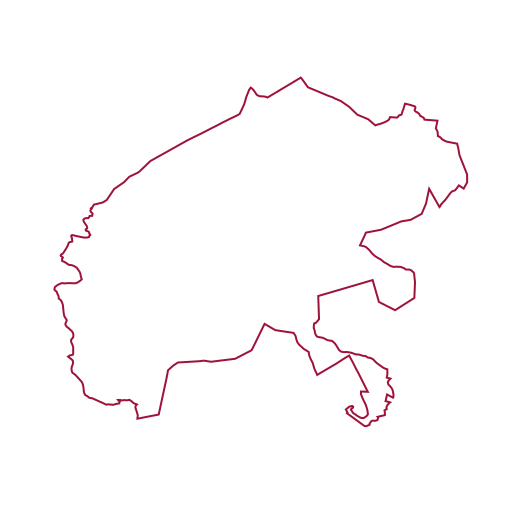 outline of Larráinzar, Chiapas, Mexico, rotated 102°
{"feature_id": "50627088B14622530050765", "entity_name": "Larráinzar", "entity_type": "district", "adm_level": 2, "iso_a3": "MEX", "parent_name": "Mexico", "parent_adm1": "Chiapas", "projection": "natural_earth1", "projection_center": [-92.767, 16.928], "detail": "fine", "context": "isolated", "style": "outline", "palette": "rose", "viewbox_px": 512, "rotation_deg": 102, "n_neighbors": 0, "source": "geoboundaries", "source_scale": "gbopen_adm2", "svg_char_len": 6001}
<svg xmlns="http://www.w3.org/2000/svg" viewBox="0 0 512 512"><g transform="rotate(102 256 256)"><path d="M397.5,109.8L396.5,110.1L394.6,109.3L393.5,108.8L392.8,107.8L392.4,105.1L391.3,103.1L388.6,102.9L388.0,103.6L384.9,96.9L384.7,96.8L383.1,97.2L380.2,98.2L379.9,97.8L378.6,96.3L377.9,96.8L376.5,96.9L374.8,96.6L372.6,95.4L371.3,94.4L371.0,99.1L364.2,99.0L366.1,92.6L366.1,92.4L365.3,92.3L362.9,92.7L358.7,94.5L357.0,95.9L355.4,97.9L354.1,99.9L351.7,100.9L349.0,99.7L348.0,99.0L347.8,102.8L344.3,102.9L339.5,104.0L339.4,105.9L338.8,108.3L337.8,110.6L336.9,112.8L335.4,116.0L334.3,117.7L332.8,119.8L331.9,122.7L332.1,125.6L331.1,127.9L331.4,131.0L331.0,134.8L331.5,138.1L331.0,141.2L330.8,143.8L331.0,147.1L331.8,150.3L331.8,153.0L330.8,155.1L329.0,156.8L327.1,158.5L324.7,161.2L323.2,164.1L323.4,166.0L323.4,168.9L322.5,171.9L322.1,173.8L322.3,178.0L322.1,179.6L320.5,181.4L318.6,182.4L316.4,183.3L314.5,184.5L312.4,184.9L309.9,185.1L309.1,183.6L304.7,181.2L282.2,186.8L255.3,136.9L275.4,126.2L280.1,108.7L264.1,92.4L248.7,95.0L240.0,97.8L239.0,98.8L238.7,99.7L237.8,101.0L237.4,103.1L237.6,104.3L238.1,106.7L237.1,108.7L236.6,112.4L237.4,117.1L238.1,119.3L237.8,122.2L236.0,127.4L235.5,129.4L234.5,131.2L233.4,133.4L232.6,136.2L231.3,139.7L229.5,142.8L227.9,144.8L226.4,146.7L225.1,149.0L224.3,150.5L224.0,152.3L224.0,156.5L213.6,154.0L210.3,153.4L204.3,139.1L191.9,121.0L188.5,112.3L180.3,102.7L169.4,100.6L154.3,100.6L170.0,86.7L169.1,86.2L168.4,86.0L167.4,85.9L166.3,85.2L165.0,84.5L162.1,82.7L157.9,80.7L153.9,78.9L152.1,77.7L150.3,74.9L148.2,73.8L146.4,73.0L144.8,72.3L146.2,68.5L146.9,66.9L141.5,65.2L140.8,65.0L139.9,64.8L132.3,66.5L115.1,77.9L108.4,80.6L104.3,82.6L104.5,92.0L104.4,93.8L104.0,95.6L103.7,96.3L103.7,96.9L103.3,97.4L103.0,98.7L102.1,99.5L101.6,100.3L101.6,100.7L101.4,101.0L101.1,102.3L100.8,102.5L100.8,103.0L100.3,103.1L99.3,103.5L98.1,103.8L97.0,104.1L95.9,104.8L94.8,105.7L93.8,106.6L85.9,106.6L87.6,119.6L86.7,120.1L86.1,120.6L85.8,121.1L85.6,121.9L85.3,122.5L85.1,123.1L85.0,123.7L84.9,124.1L84.8,124.5L84.3,125.0L83.6,125.4L83.0,126.1L82.7,126.5L82.4,127.3L81.9,128.3L81.8,128.7L81.8,129.1L81.7,129.4L81.4,130.0L81.0,130.7L80.3,131.2L78.4,131.0L78.0,130.9L77.7,130.9L77.4,131.0L77.1,131.2L76.6,131.8L76.1,137.3L76.0,141.9L82.2,142.4L82.6,142.6L83.1,142.7L86.3,142.9L86.8,143.0L87.3,143.2L87.6,143.2L87.8,143.4L87.9,143.8L88.5,145.1L88.8,145.4L89.0,145.6L90.0,145.8L90.3,146.0L91.3,146.8L92.3,153.8L93.8,154.0L94.5,154.2L95.8,154.9L97.4,156.7L99.5,159.6L100.9,161.9L101.7,163.6L103.4,166.5L98.9,174.7L96.7,186.3L91.2,195.1L90.7,195.9L86.7,205.4L86.7,205.6L85.5,211.8L84.9,213.5L84.6,216.2L84.1,219.4L80.2,240.2L73.7,247.4L72.3,249.1L72.2,249.3L98.6,277.7L98.2,280.1L98.5,282.8L99.0,285.6L98.4,288.3L97.5,289.5L94.4,292.7L92.9,294.9L92.4,296.2L95.1,297.3L102.8,298.6L106.3,298.8L109.9,299.1L114.0,300.0L120.4,301.5L122.4,303.7L126.8,309.4L128.0,311.0L129.2,312.4L132.8,317.0L135.9,320.6L139.4,325.0L147.5,334.9L153.5,342.6L157.5,347.6L185.0,379.0L197.5,387.5L199.3,389.2L204.8,396.4L211.2,400.4L220.0,408.7L232.2,413.6L235.5,417.0L239.5,425.3L242.1,426.1L243.3,427.0L243.3,426.9L243.8,426.5L245.0,427.2L246.3,427.4L247.1,426.8L247.8,425.6L248.6,424.6L250.8,424.7L251.0,425.7L251.5,427.1L252.6,427.3L253.8,427.9L254.3,430.3L255.3,431.8L256.7,432.4L258.0,431.7L259.9,429.9L261.7,427.9L263.3,427.0L263.7,426.9L264.4,427.1L265.3,428.1L265.5,428.1L266.5,427.7L266.9,425.2L267.4,424.2L268.8,423.7L269.6,422.5L269.9,422.4L270.7,423.1L272.2,423.3L273.1,425.2L273.3,426.0L273.7,427.9L273.8,430.2L273.8,434.8L273.7,440.2L274.4,440.9L275.5,440.7L276.7,439.7L277.7,439.5L279.0,439.0L280.0,438.7L281.4,441.4L282.4,442.0L284.9,442.3L287.8,443.1L293.6,445.3L294.9,446.8L295.9,447.2L296.6,446.8L297.2,445.3L297.6,444.6L298.3,444.7L299.1,445.1L301.2,444.6L301.5,442.6L302.3,440.2L303.1,438.5L303.6,436.7L303.3,435.0L303.4,433.2L303.9,431.0L304.8,428.8L308.1,425.3L309.6,424.2L312.6,423.0L315.0,421.6L316.4,422.5L318.8,424.8L320.1,426.6L320.8,429.7L321.2,432.2L321.7,434.5L322.5,437.1L322.8,439.7L323.2,440.9L324.6,442.7L325.6,444.1L327.1,445.3L328.1,446.2L330.4,446.3L331.2,445.8L332.4,443.5L334.7,442.1L335.8,441.1L337.2,440.5L338.7,440.0L339.7,437.9L341.5,436.2L344.1,434.7L350.8,432.6L353.7,431.5L355.3,430.5L356.4,429.4L357.6,428.1L358.7,427.7L360.6,428.2L362.5,428.3L364.2,426.9L365.4,424.6L367.8,420.5L369.6,418.8L371.9,418.0L373.8,418.0L375.1,418.8L376.8,419.5L378.7,418.8L381.0,417.1L383.1,415.9L389.1,414.6L390.6,414.6L392.1,417.6L393.5,418.9L394.4,417.1L395.2,415.4L396.3,413.5L398.2,412.8L400.4,412.7L402.1,413.1L404.2,413.1L406.4,412.5L408.3,411.4L409.7,408.2L412.2,404.6L415.6,400.0L418.0,398.4L421.7,397.0L423.3,396.6L425.7,395.6L427.6,394.0L428.1,391.8L429.1,390.2L429.4,388.9L429.2,386.6L430.3,381.5L430.9,378.8L431.6,375.4L432.6,371.5L431.8,369.8L431.7,368.2L431.5,367.2L431.2,364.5L430.1,362.8L429.3,360.9L428.6,359.1L426.8,359.0L426.2,360.2L425.5,361.0L425.0,358.7L425.3,357.4L424.3,355.0L424.2,353.6L423.9,351.9L423.0,349.9L423.6,348.4L424.3,346.9L425.4,345.1L426.0,341.6L427.4,342.5L429.3,342.5L431.1,341.4L436.4,338.5L438.2,338.4L439.8,338.2L435.5,328.1L431.3,318.2L393.8,318.1L386.1,318.3L380.3,314.1L376.4,310.2L370.6,289.2L369.2,285.3L368.8,278.0L360.9,255.1L349.1,240.7L342.9,239.1L320.6,233.5L324.5,221.7L323.4,203.3L325.8,200.8L327.2,200.1L328.7,199.4L331.5,197.8L332.1,197.2L333.6,195.6L334.9,193.4L336.1,191.3L336.8,190.4L338.9,184.5L342.1,183.3L344.1,182.0L345.2,181.3L348.7,178.4L349.5,177.9L352.2,176.5L353.1,176.1L355.5,174.5L357.6,172.8L359.6,171.4L356.4,168.0L344.7,155.2L337.5,148.0L334.0,144.2L340.5,138.7L345.5,134.7L349.5,131.3L365.6,118.4L366.7,125.1L369.3,124.6L371.5,123.2L374.3,121.2L376.4,119.5L379.0,117.5L381.2,116.3L383.6,115.0L387.6,113.6L389.7,114.6L392.2,117.1L392.5,119.6L392.0,121.4L391.3,123.8L390.6,125.2L389.3,128.5L386.4,131.3L385.4,130.8L384.2,129.6L383.2,129.6L382.7,130.8L384.0,133.5L387.5,136.2L390.1,133.9L390.9,134.3L399.7,114.6L399.5,112.5L398.9,111.9L397.5,109.8Z" fill="none" stroke="#9f1239" stroke-width="2"/></g></svg>